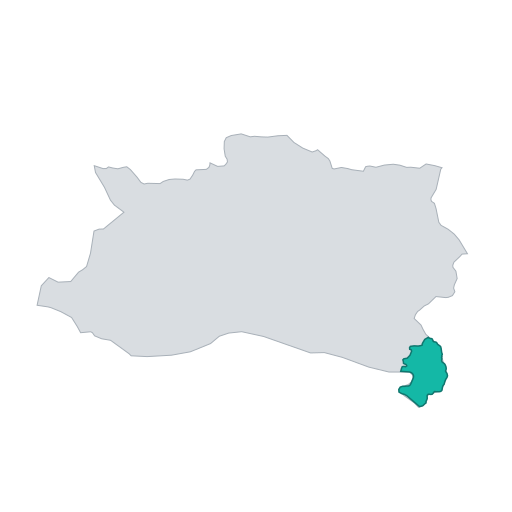 location of Vidin within Bulgaria, rotated 189°
{"feature_id": "BGR-2253", "entity_name": "Vidin", "entity_type": "Province", "adm_level": 1, "iso_a3": "BGR", "parent_name": "Bulgaria", "parent_adm1": "", "projection": "robinson", "projection_center": [22.659, 43.807], "detail": "fine", "context": "in_parent", "style": "filled", "palette": "teal", "viewbox_px": 512, "rotation_deg": 189, "n_neighbors": 0, "source": "natural_earth", "source_scale": "10m", "svg_char_len": 3713}
<svg xmlns="http://www.w3.org/2000/svg" viewBox="0 0 512 512"><g transform="rotate(189 256 256)"><path d="M429.9,319.9L420.7,318.4L417.6,318.9L415.6,320.9L411.3,320.5L406.1,320.5L400.7,322.9L397.6,323.9L393.6,321.7L385.9,315.3L381.2,310.7L377.8,309.6L374.3,310.9L362.1,312.5L359.3,315.1L353.7,318.0L348.0,319.4L339.9,320.4L335.6,320.2L333.2,321.6L331.2,325.9L329.9,330.0L328.7,331.7L318.6,333.8L316.4,336.1L315.8,338.5L316.0,340.8L307.9,338.5L301.6,340.0L300.2,341.8L298.9,344.4L299.7,347.1L302.0,349.8L304.3,356.9L305.2,364.1L303.9,368.2L299.3,371.1L289.7,374.3L280.3,372.8L276.2,374.0L269.3,374.5L262.9,375.3L253.1,378.2L244.3,380.0L236.2,374.0L226.7,369.9L216.8,367.5L213.3,369.3L211.8,370.6L203.5,365.4L199.8,363.5L197.9,361.4L194.4,354.4L192.4,354.2L185.5,356.8L179.0,356.7L175.0,356.2L163.2,356.5L161.7,361.3L160.2,362.0L157.6,362.7L151.4,362.4L143.4,365.9L134.8,368.1L128.1,368.2L121.1,367.1L117.0,367.9L108.0,368.3L102.4,373.5L93.6,373.2L86.1,372.3L87.1,370.6L88.5,350.0L92.2,340.8L92.0,338.9L91.2,337.4L88.0,335.9L85.6,331.0L80.7,317.9L78.0,315.2L70.3,312.4L63.6,308.6L57.9,303.7L47.5,291.3L52.8,290.1L54.4,287.6L59.6,280.8L60.2,277.5L59.7,275.6L56.2,272.3L53.8,265.2L55.6,258.6L55.8,255.2L54.0,251.8L55.8,247.6L59.6,245.3L62.0,244.6L71.9,244.1L78.2,235.7L82.0,233.0L85.9,228.2L87.7,226.5L89.4,222.8L90.0,219.0L82.2,213.6L79.5,209.6L76.0,205.2L71.3,202.1L61.8,196.9L58.1,191.6L56.4,184.7L53.9,179.4L51.1,176.0L50.6,173.2L49.4,169.8L49.2,163.1L51.4,154.3L52.9,151.1L56.1,150.2L64.6,145.5L65.0,139.4L66.6,135.7L69.3,133.5L71.8,132.0L76.5,135.6L87.8,141.2L93.4,145.3L93.1,147.8L90.5,150.3L85.6,152.8L82.7,156.0L81.9,160.1L82.7,162.9L86.1,165.4L106.5,162.2L127.2,163.9L155.0,169.4L173.4,171.3L187.0,168.8L212.3,173.4L235.8,177.7L258.3,179.0L270.9,175.6L279.7,171.0L287.2,162.4L305.9,151.1L324.0,144.8L347.8,139.6L363.7,137.9L366.0,139.6L386.5,150.0L395.5,150.1L402.9,151.9L405.6,154.7L407.5,155.3L417.2,152.8L421.6,158.5L428.5,166.4L440.1,170.5L450.4,172.9L453.6,173.2L464.5,173.1L463.4,193.0L457.2,202.3L447.4,199.2L435.0,201.8L428.7,212.3L425.0,215.4L421.7,219.1L419.9,232.8L419.9,255.3L415.2,258.0L410.9,258.8L393.3,278.6L403.8,284.1L408.5,288.4L416.4,300.1L427.6,313.4L429.9,319.9Z" fill="#d9dde1" stroke="#a8b0b8" stroke-width="1"/><path d="M63.2,146.6L64.3,146.4L65.1,145.2L65.1,144.4L64.7,142.7L64.6,141.9L64.8,140.9L65.4,138.5L65.2,138.2L65.1,137.8L65.2,137.3L65.4,137.2L66.5,136.0L67.5,134.6L68.1,134.0L70.9,132.8L85.2,141.6L87.6,142.5L90.7,142.9L92.0,143.4L93.5,144.0L94.1,146.6L93.0,149.1L90.7,150.3L89.2,150.4L86.6,151.2L85.2,151.4L83.9,152.2L83.1,154.0L81.5,160.3L81.6,162.1L82.4,163.7L84.1,165.0L86.1,165.5L95.0,164.7L94.7,167.7L94.2,169.6L92.5,170.1L90.9,170.0L89.9,171.1L90.8,172.3L92.2,172.6L93.5,173.0L93.9,174.7L94.7,176.4L93.9,177.6L90.7,178.7L88.4,182.0L87.4,186.4L88.1,187.7L89.6,187.9L90.0,189.5L89.4,190.9L85.7,192.0L81.8,192.4L79.4,193.2L78.0,193.9L78.0,195.6L76.3,200.0L73.1,202.6L72.8,202.3L71.7,201.9L71.0,201.8L69.8,201.9L69.1,201.7L68.7,201.3L68.6,201.1L67.8,199.7L67.3,199.2L66.7,199.1L65.3,199.1L64.5,199.0L63.9,198.6L63.0,197.4L62.5,197.0L60.3,196.0L59.4,195.3L58.7,193.7L57.5,189.7L56.7,188.2L56.6,187.8L56.7,187.4L56.9,187.0L57.0,186.8L57.0,186.6L57.0,186.4L56.9,186.2L56.7,185.9L56.6,185.6L56.7,185.3L56.9,185.0L56.9,184.9L56.4,183.8L56.3,181.9L55.9,180.8L55.2,180.2L53.2,179.2L52.4,178.5L51.8,177.6L51.2,176.6L50.8,175.5L50.5,174.5L50.5,173.8L50.8,172.4L50.7,171.7L49.0,169.9L48.1,167.6L48.4,165.8L49.3,163.9L49.9,161.4L50.1,158.9L50.3,158.5L50.9,157.4L51.1,157.0L51.3,155.7L51.3,153.3L51.4,152.3L52.3,151.2L53.8,150.6L55.9,150.3L56.9,150.1L58.4,150.1L59.1,149.2L59.7,148.0L60.4,147.0L61.8,146.6L63.2,146.6Z" fill="#14b8a6" stroke="#0f766e" stroke-width="1.5"/></g></svg>